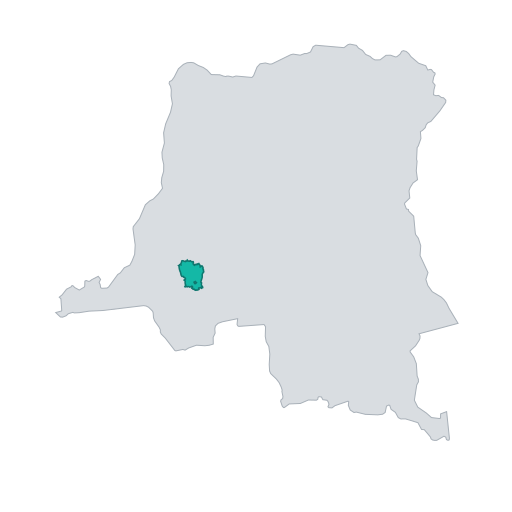 Bulungu, Bandundu, Democratic Republic of the Congo (highlighted), rotated 354°
{"feature_id": "63176286B11990771214401", "entity_name": "Bulungu", "entity_type": "district", "adm_level": 2, "iso_a3": "COD", "parent_name": "Democratic Republic of the Congo", "parent_adm1": "Bandundu", "projection": "mercator", "projection_center": [18.692, -4.697], "detail": "fine", "context": "in_parent", "style": "filled", "palette": "teal", "viewbox_px": 512, "rotation_deg": 354, "n_neighbors": 0, "source": "geoboundaries", "source_scale": "gbopen_adm2", "svg_char_len": 8159}
<svg xmlns="http://www.w3.org/2000/svg" viewBox="0 0 512 512"><g transform="rotate(354 256 256)"><path d="M449.9,344.1L410.0,350.4L410.8,352.7L410.4,355.1L409.4,357.0L405.3,362.0L399.3,366.5L399.3,367.6L402.3,372.8L404.2,379.8L403.7,392.2L404.6,395.5L404.4,398.1L402.4,401.0L398.4,416.0L401.1,423.2L409.0,430.0L413.6,435.0L421.4,436.8L422.6,436.5L423.1,432.3L429.3,430.7L429.3,457.5L428.9,459.1L427.7,459.4L426.2,458.5L425.8,456.0L424.1,454.9L416.5,458.2L414.6,458.1L412.5,457.5L411.0,456.2L410.5,454.1L405.2,446.3L402.5,445.8L399.6,438.7L387.6,433.6L383.0,433.2L380.6,431.6L378.3,426.1L374.3,422.6L373.4,418.6L372.6,418.1L370.1,418.9L368.1,425.1L365.4,426.6L360.5,426.7L348.2,424.9L339.4,421.7L337.1,421.9L333.6,419.0L332.2,414.2L333.0,410.6L332.3,410.0L318.9,413.1L315.7,415.0L312.7,414.5L311.8,413.5L313.1,411.0L312.4,408.2L311.5,406.9L307.5,405.9L306.3,403.0L303.8,402.5L303.0,403.0L302.4,405.0L301.0,405.7L293.0,404.7L284.7,407.3L273.6,406.6L268.3,409.7L267.5,409.6L266.4,408.0L265.3,403.0L265.9,401.6L267.6,400.6L268.1,398.6L267.6,393.4L268.0,392.1L267.4,389.1L265.8,384.4L263.4,380.5L258.4,374.6L257.5,371.9L257.8,365.3L259.5,355.0L259.3,347.3L257.2,342.3L256.8,336.9L258.1,327.3L256.8,325.0L231.5,324.2L230.5,323.5L230.0,322.1L231.2,316.4L215.8,317.9L211.2,319.0L208.3,321.3L207.4,324.2L207.3,328.4L204.9,332.4L204.3,339.1L200.0,339.9L195.7,339.9L187.5,338.5L179.5,340.4L175.6,342.2L173.5,341.3L166.4,342.0L165.4,341.5L157.2,328.2L153.6,323.7L152.9,321.6L153.2,319.5L152.2,316.7L148.4,309.9L147.6,306.7L147.8,301.7L147.4,300.1L143.9,295.8L141.6,294.3L139.1,293.6L97.9,294.2L84.2,293.4L74.3,293.9L69.3,293.6L67.9,292.9L63.3,293.8L60.9,295.6L57.3,296.6L55.1,296.2L50.9,291.3L56.7,290.4L57.1,289.9L57.5,278.1L56.0,276.4L59.1,274.4L64.1,269.2L69.0,267.3L69.7,266.3L70.7,266.3L72.5,268.5L76.7,271.4L82.0,268.9L82.5,268.1L83.2,263.1L84.5,262.6L86.8,263.7L88.0,263.7L90.3,262.3L97.0,259.7L99.0,263.0L97.2,265.9L98.0,268.0L98.2,271.2L99.2,272.0L104.5,272.3L106.1,271.5L116.6,259.9L119.3,258.6L123.8,253.9L129.6,251.9L132.1,248.2L135.5,241.7L137.0,232.4L136.5,216.2L137.0,214.0L144.0,206.7L151.3,193.5L156.2,190.0L159.9,188.6L165.6,183.8L170.1,178.9L169.5,173.1L170.5,168.2L173.0,162.1L173.8,155.5L173.0,148.7L173.3,143.0L176.7,134.1L177.0,123.8L180.0,115.1L186.0,104.1L188.8,95.9L188.3,87.9L189.1,81.9L188.8,78.4L187.6,75.4L188.2,73.5L190.5,72.7L193.3,69.6L198.4,61.7L203.9,57.8L207.7,56.6L211.7,56.7L214.3,57.4L218.5,60.5L223.3,63.0L226.9,66.1L230.5,70.9L239.0,72.0L242.7,73.8L244.9,74.4L245.8,74.0L247.5,74.2L251.6,75.6L254.8,74.9L270.6,78.0L272.4,76.5L276.8,68.2L280.1,65.3L285.5,65.0L289.8,66.6L292.0,66.6L311.4,59.5L314.0,59.1L321.0,60.9L325.6,59.7L327.5,60.0L331.5,58.8L334.7,53.8L337.4,52.6L365.3,58.0L369.6,55.4L371.6,55.1L377.8,57.0L379.7,60.0L383.4,62.7L386.1,67.0L390.3,69.4L392.4,71.8L394.8,73.4L399.9,73.9L406.3,70.0L410.9,70.4L415.5,72.6L417.0,72.5L420.5,70.2L422.3,67.7L424.1,67.2L426.8,68.3L429.0,70.6L430.9,73.9L437.9,81.3L444.7,84.5L446.3,89.0L448.8,88.6L450.0,89.0L451.8,91.9L453.0,92.5L453.2,93.7L451.5,96.4L449.9,101.6L452.0,104.8L450.3,109.4L449.4,114.2L451.6,115.4L454.4,115.4L457.0,117.8L459.0,118.2L461.1,120.9L460.7,123.1L454.0,130.9L444.0,140.4L440.6,141.6L438.9,143.4L437.7,146.1L434.7,148.5L432.5,149.5L432.3,156.4L428.9,163.5L427.6,165.0L425.8,176.6L426.1,178.6L424.3,188.1L424.6,197.0L419.8,199.8L416.4,204.1L415.0,207.2L415.0,214.4L409.5,218.8L409.1,219.8L410.5,224.9L412.5,225.7L412.5,227.4L417.0,232.9L416.8,249.7L417.0,251.4L419.3,255.3L420.9,263.0L419.2,272.7L425.3,290.5L422.5,297.0L423.8,303.3L427.5,309.9L436.0,316.3L438.3,319.0L440.5,322.6L442.5,328.2L449.9,344.1Z" fill="#d9dde1" stroke="#a8b0b8" stroke-width="1"/><path d="M178.0,257.5L178.2,257.9L178.3,258.0L178.5,258.7L178.4,258.9L178.3,259.5L178.3,259.9L178.4,260.3L178.5,260.7L178.4,260.9L178.5,261.5L178.5,261.9L178.6,262.1L178.7,262.3L178.8,262.8L178.9,263.2L179.0,263.3L178.9,263.5L179.0,263.6L179.1,263.9L179.1,264.1L179.2,264.4L179.3,265.5L179.5,265.9L179.4,266.2L179.5,266.4L179.4,266.7L179.4,267.0L179.6,267.2L179.8,267.7L179.9,268.2L180.4,268.7L180.7,268.7L181.6,268.7L181.7,268.8L181.8,269.0L181.9,269.5L182.0,269.7L182.3,269.8L182.5,269.8L182.6,270.0L182.8,270.3L183.1,270.5L183.3,270.5L183.5,270.7L183.5,270.8L183.4,271.4L183.3,272.0L183.2,272.1L182.7,272.1L182.4,272.1L182.2,272.2L182.0,272.3L181.9,272.4L181.9,272.5L182.0,272.6L182.3,272.7L182.5,272.8L182.7,273.0L182.8,273.7L182.9,273.8L183.0,274.0L182.9,274.4L182.7,274.9L182.7,275.0L182.7,275.4L182.7,275.6L182.8,275.8L182.8,276.0L182.7,276.1L182.7,276.3L182.8,276.5L182.9,276.9L182.8,277.0L183.0,277.4L183.1,277.6L183.0,277.9L182.9,278.0L182.7,278.1L182.5,278.3L182.4,278.5L182.2,278.7L182.1,278.9L182.0,279.0L182.2,279.3L183.1,279.3L183.3,279.3L183.7,279.2L184.0,279.1L184.3,279.2L184.3,279.3L184.5,279.5L185.4,279.3L185.6,279.3L186.1,279.4L186.2,279.5L186.4,279.7L186.7,280.0L186.8,280.0L187.0,280.0L187.4,279.9L187.7,279.8L187.9,279.8L188.2,279.6L188.5,279.5L188.7,279.4L189.0,279.3L189.3,279.4L189.4,279.5L189.5,279.7L189.6,279.8L189.6,280.1L189.4,280.0L189.4,280.3L189.5,280.3L189.5,280.5L189.4,280.5L189.1,280.7L189.0,280.8L189.1,281.0L189.3,281.2L189.2,281.3L189.0,281.5L189.3,281.6L189.5,281.6L189.7,281.9L189.7,282.2L189.9,282.2L190.1,282.4L190.4,282.6L190.5,282.6L190.8,282.5L191.0,282.5L191.3,283.1L191.6,283.4L192.4,283.8L192.5,283.8L192.5,283.6L192.6,283.4L193.0,283.5L193.3,283.6L193.8,283.7L193.9,283.8L194.5,283.6L194.8,283.6L195.0,283.6L195.5,283.4L195.8,283.3L195.9,283.1L195.6,282.8L195.6,282.6L195.5,282.4L195.6,282.2L195.6,281.9L195.8,281.8L196.0,281.7L196.3,281.8L196.9,281.8L197.3,281.7L197.5,281.6L197.8,281.6L198.0,282.0L198.2,282.4L198.3,282.5L198.5,282.5L198.5,282.3L198.5,282.0L198.5,281.9L199.2,281.8L199.7,281.8L199.7,281.4L199.6,280.9L199.4,280.8L199.4,280.7L199.2,280.7L199.1,280.4L198.8,280.4L198.7,280.3L198.8,280.0L198.8,279.5L198.7,278.8L198.7,278.5L198.7,278.2L198.9,277.7L199.0,277.5L199.1,277.0L198.6,276.5L198.4,276.2L198.6,275.8L198.6,275.6L198.6,275.4L198.8,275.1L198.9,274.9L199.0,274.7L199.1,274.3L199.2,274.2L199.2,273.9L199.4,273.7L199.5,273.5L199.7,273.1L200.2,271.7L200.4,271.2L200.4,270.7L200.4,270.1L200.5,269.9L200.5,269.6L200.5,269.2L200.6,268.6L200.8,268.3L201.1,267.7L201.3,267.4L201.5,267.3L201.6,267.1L201.8,266.8L202.0,266.6L202.3,266.4L202.2,266.3L202.2,266.2L202.2,265.9L202.3,265.6L202.3,265.4L202.2,265.2L202.3,264.7L202.2,264.5L202.3,264.3L202.2,264.2L202.2,263.9L202.0,263.6L201.9,263.4L202.0,263.2L201.9,263.1L202.0,263.0L202.0,262.9L202.1,262.1L202.1,261.9L202.1,261.7L201.9,261.4L201.8,261.2L201.7,261.0L201.5,260.5L201.3,260.2L201.1,260.1L200.7,260.3L199.9,260.9L199.7,261.0L199.4,261.1L199.4,260.9L199.4,260.6L199.6,260.4L199.6,260.2L199.4,259.3L199.1,259.1L198.9,258.6L198.8,258.4L198.6,258.1L198.5,257.7L198.4,257.5L197.4,258.2L196.9,257.7L196.7,257.6L196.5,257.8L196.4,257.9L196.3,258.4L196.2,258.4L195.6,258.3L195.4,258.3L195.4,258.2L195.0,258.1L194.7,258.0L194.5,257.9L194.4,257.9L194.2,258.2L194.1,258.6L193.9,258.9L193.6,258.8L193.5,258.5L193.4,258.2L193.2,258.0L193.0,257.8L192.8,257.6L192.7,257.5L192.7,257.2L192.7,256.8L192.8,256.3L193.1,255.9L193.1,255.6L193.0,255.2L192.9,255.0L191.9,255.0L191.7,255.0L191.4,255.0L191.3,254.9L191.1,254.7L190.6,254.2L190.3,253.9L190.1,253.8L189.9,253.8L189.6,254.3L189.4,254.3L189.0,254.3L188.8,254.2L188.6,254.2L188.3,254.0L187.8,253.6L187.7,253.5L187.4,253.2L187.2,252.8L187.0,253.0L187.0,253.7L186.9,253.7L186.8,253.8L186.7,253.8L186.2,253.8L185.9,253.7L185.9,253.8L185.7,254.1L185.4,254.2L185.2,254.2L184.9,254.1L184.4,253.9L184.1,253.7L183.4,253.4L183.0,253.1L182.6,253.0L182.4,253.0L181.9,253.0L181.7,253.1L181.6,253.4L181.4,253.8L181.4,254.0L181.3,254.4L181.2,254.5L181.0,254.8L180.9,255.0L180.8,255.3L180.7,255.4L180.5,255.6L180.4,256.4L180.4,256.9L180.4,257.0L180.2,256.9L179.5,256.6L179.4,256.5L179.1,256.6L178.8,257.0L178.6,257.5L178.3,257.6L178.1,257.5L178.0,257.5ZM192.2,277.1L192.0,276.7L191.9,276.5L191.9,276.3L191.7,276.0L191.6,275.5L191.7,275.4L192.0,275.3L192.5,275.3L192.9,275.0L193.1,275.3L193.3,275.4L193.4,275.5L193.5,275.9L193.8,276.1L194.0,276.2L193.7,276.6L193.2,276.9L192.6,277.2L192.2,277.1Z" fill="#14b8a6" stroke="#0f766e" stroke-width="1.5"/></g></svg>